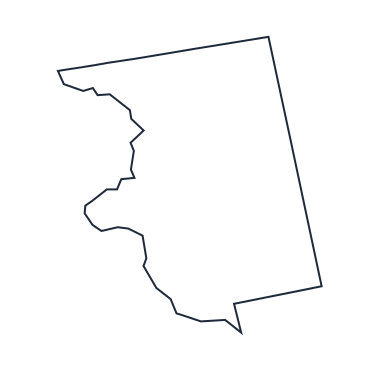 Brooks, Georgia, United States of America (Natural Earth projection), rotated 167°
{"feature_id": "52423323B17696390858849", "entity_name": "Brooks", "entity_type": "district", "adm_level": 2, "iso_a3": "USA", "parent_name": "United States of America", "parent_adm1": "Georgia", "projection": "natural_earth1", "projection_center": [-83.482, 30.858], "detail": "fine", "context": "isolated", "style": "outline", "palette": "slate", "viewbox_px": 384, "rotation_deg": 167, "n_neighbors": 0, "source": "geoboundaries", "source_scale": "gbopen_adm2", "svg_char_len": 741}
<svg xmlns="http://www.w3.org/2000/svg" viewBox="0 0 384 384"><g transform="rotate(167 192 192)"><path d="M82.6,326.0L119.5,328.4L121.0,328.5L155.3,330.8L217.0,334.6L245.1,336.8L250.0,337.0L255.7,337.4L255.8,337.3L277.5,338.8L283.3,339.3L295.4,340.1L292.6,325.9L275.2,314.9L265.2,315.6L262.2,307.6L250.2,305.7L234.1,285.7L234.7,276.9L225.3,262.8L240.8,253.8L239.4,245.2L246.5,227.5L244.9,218.7L258.0,220.4L264.5,211.4L274.4,213.7L291.5,205.7L299.0,202.7L301.4,195.3L296.3,182.3L289.0,174.4L272.3,174.4L262.3,170.7L250.0,160.6L251.4,137.6L255.9,130.8L248.3,106.5L236.9,92.4L234.4,77.2L230.4,74.9L212.4,63.9L188.5,59.9L175.7,43.9L176.2,73.6L86.9,71.0L84.3,218.6L83.5,269.8L82.6,326.0Z" fill="none" stroke="#1e293b" stroke-width="2"/></g></svg>